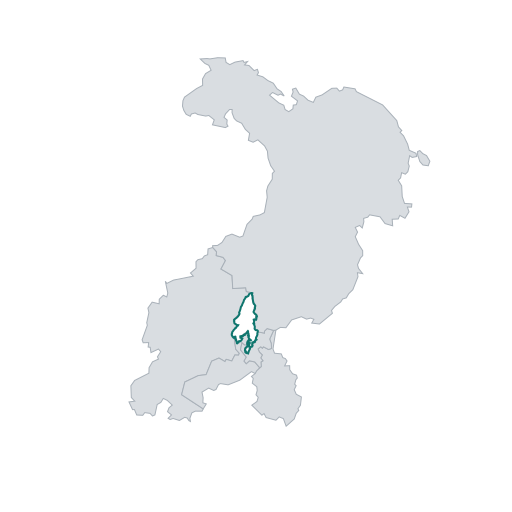 Kyrgyzstan and the surrounding countries, rotated 292°
{"feature_id": "KGZ", "entity_name": "Kyrgyzstan", "entity_type": "country or territory", "adm_level": 0, "iso_a3": "KGZ", "parent_name": "Asia", "parent_adm1": "", "projection": "orthographic", "projection_center": [73.132, 41.224], "detail": "fine", "context": "with_neighbors", "style": "outline", "palette": "teal", "viewbox_px": 512, "rotation_deg": 292, "n_neighbors": 5, "source": "natural_earth", "source_scale": "50m", "svg_char_len": 10318}
<svg xmlns="http://www.w3.org/2000/svg" viewBox="0 0 512 512"><g transform="rotate(292 256 256)"><path d="M247.7,212.7L245.2,217.8L241.5,219.0L242.4,225.9L240.3,229.4L230.8,228.4L228.9,241.1L217.1,246.6L222.7,258.3L219.4,260.4L220.1,264.3L216.9,263.6L214.1,261.3L198.0,261.2L196.2,262.0L188.9,259.2L186.0,260.7L185.2,264.8L176.8,262.3L173.4,263.3L172.1,266.3L162.0,272.1L159.5,277.0L157.5,276.9L156.3,273.5L149.6,272.9L149.0,267.1L146.5,266.8L147.5,259.9L141.9,254.3L127.3,254.2L123.5,247.3L112.5,237.2L99.5,239.0L94.5,264.3L91.9,264.1L89.5,258.0L86.6,255.3L80.7,255.5L78.0,257.2L78.2,255.5L80.0,252.9L79.7,250.3L74.8,246.6L74.3,240.0L72.2,237.6L72.6,235.3L77.0,237.2L78.5,232.3L82.7,232.2L86.4,234.2L88.9,227.8L89.2,223.4L84.6,222.6L81.3,220.0L70.8,221.8L68.9,220.0L70.4,216.7L69.1,211.5L65.9,210.7L63.9,205.0L68.1,200.8L67.3,199.1L73.1,192.9L76.0,198.0L78.1,193.4L88.8,188.6L95.2,190.1L107.2,200.6L112.4,198.7L119.1,199.7L123.9,204.2L125.6,202.4L131.6,203.5L133.2,200.4L127.1,194.8L131.7,192.1L131.2,190.1L135.5,188.9L133.3,183.9L135.6,181.8L151.0,181.2L153.2,179.7L163.4,177.9L167.2,175.3L174.3,177.0L175.4,184.1L179.7,182.5L184.9,184.8L184.6,188.6L188.6,188.1L198.6,181.4L197.2,183.6L202.8,188.6L213.8,205.4L215.7,201.6L222.2,205.0L228.2,202.5L230.8,203.5L233.4,207.2L236.7,208.1L239.1,210.7L244.6,208.9L247.7,212.7Z" fill="#d9dde1" stroke="#a8b0b8" stroke-width="1"/><path d="M94.5,264.3L99.5,239.0L112.5,237.2L123.5,247.3L127.3,254.2L141.9,254.3L147.5,259.9L146.5,266.8L149.0,267.1L149.6,272.9L156.3,273.5L157.5,276.9L159.5,277.0L162.0,272.1L172.1,266.3L173.6,267.0L169.2,271.4L173.0,274.2L176.7,272.5L182.9,276.2L176.1,281.2L169.8,280.6L169.1,278.6L170.3,275.4L163.2,276.8L158.6,284.9L154.1,284.3L152.5,287.3L156.4,289.2L157.3,294.5L153.8,301.3L146.7,299.3L147.1,295.1L134.8,287.5L126.1,278.4L124.4,270.9L122.8,269.4L117.2,268.9L115.5,267.2L115.8,261.6L109.6,256.9L104.7,260.1L100.0,261.7L100.2,265.3L94.5,264.3Z" fill="#d9dde1" stroke="#a8b0b8" stroke-width="1"/><path d="M146.7,299.3L149.7,299.6L155.5,302.3L159.6,300.3L161.4,301.7L163.3,298.6L166.6,298.9L168.2,295.1L170.6,292.7L173.6,294.4L172.9,296.5L174.6,296.9L174.0,302.7L176.1,305.0L180.6,302.9L184.1,299.8L193.6,300.2L194.7,302.2L176.1,306.6L172.8,309.6L174.7,316.1L171.8,318.9L171.9,321.6L170.3,324.1L164.8,323.7L166.9,328.3L163.2,329.9L160.5,334.0L160.7,338.2L158.3,340.0L156.2,339.3L151.6,339.9L150.8,341.8L146.4,341.5L142.9,345.1L142.3,350.9L134.3,353.1L130.1,352.1L128.8,353.5L125.3,352.2L119.2,352.5L109.5,347.7L115.5,342.3L115.5,337.8L111.2,336.0L110.0,325.9L112.9,322.5L110.6,321.1L116.1,308.0L121.5,311.4L125.8,311.0L127.3,308.0L131.8,307.5L135.1,305.7L136.7,300.2L141.5,299.3L142.6,296.9L146.7,299.3Z" fill="#d9dde1" stroke="#a8b0b8" stroke-width="1"/><path d="M153.8,301.3L157.3,294.5L156.4,289.2L152.5,287.3L154.1,284.3L158.6,284.9L163.2,276.8L170.3,275.4L169.1,278.6L169.8,280.6L172.0,280.5L170.0,282.6L164.2,281.2L163.6,285.2L169.4,284.9L176.1,287.3L186.3,286.3L187.7,292.7L189.5,292.0L192.9,293.5L193.6,300.2L184.1,299.8L180.6,302.9L176.1,305.0L174.0,302.7L174.6,296.9L172.9,296.5L173.6,294.4L170.6,292.7L168.2,295.1L166.6,298.9L163.3,298.6L161.4,301.7L159.6,300.3L155.5,302.3L153.8,301.3Z" fill="#d9dde1" stroke="#a8b0b8" stroke-width="1"/><path d="M409.0,381.7L404.2,381.9L402.9,376.7L404.9,372.6L410.3,368.0L413.4,366.7L415.1,368.4L413.4,372.3L413.0,376.5L409.0,381.7ZM220.1,264.3L219.4,260.4L222.7,258.3L217.1,246.6L228.9,241.1L230.8,228.4L240.3,229.4L242.4,225.9L241.5,219.0L245.2,217.8L247.7,212.7L249.3,211.9L251.4,216.4L255.9,219.4L262.9,220.7L267.3,225.5L267.3,233.8L269.6,236.4L282.0,235.8L288.7,238.6L291.7,238.6L295.6,244.3L299.4,247.5L314.6,244.4L320.4,241.4L325.3,240.8L333.3,242.3L338.7,240.2L341.5,241.4L345.2,235.8L351.3,230.5L357.5,227.3L361.3,222.7L364.4,214.2L360.4,210.7L360.4,205.6L367.4,204.1L369.4,198.7L373.7,193.0L374.0,187.4L375.4,184.2L379.9,180.1L382.9,179.0L381.9,176.6L376.4,174.5L372.6,174.4L371.3,178.3L367.4,179.5L365.9,181.4L363.6,179.5L361.3,166.5L366.6,166.3L368.6,159.6L366.9,157.0L365.4,149.0L365.8,146.0L363.5,142.9L360.9,142.7L361.2,138.2L363.9,134.6L367.4,131.7L372.6,130.1L376.5,130.2L389.0,138.2L394.2,142.6L400.1,140.1L406.2,140.9L411.4,144.8L415.1,140.8L415.4,136.5L417.8,130.5L420.7,136.6L421.5,139.5L425.5,146.2L428.1,153.3L424.3,155.7L423.6,160.0L427.9,163.9L432.3,170.8L431.0,172.4L433.1,175.3L428.9,173.8L430.0,178.1L427.2,184.8L429.6,187.4L426.9,189.6L424.2,189.2L424.7,195.2L423.1,201.3L422.7,207.3L418.9,212.9L417.9,217.7L414.9,222.2L415.3,218.0L413.3,216.2L413.8,210.1L410.2,208.3L406.5,219.8L406.2,225.3L402.7,228.1L402.1,232.3L406.3,235.1L409.9,234.0L411.4,236.7L415.4,236.4L417.4,229.0L421.9,229.0L424.3,227.3L426.6,230.0L422.3,235.6L422.1,240.2L419.9,245.9L419.9,251.6L425.7,252.0L430.1,256.9L439.9,263.5L441.9,268.0L440.1,271.6L442.5,274.1L445.6,274.2L448.1,285.2L446.0,287.5L443.5,316.8L434.3,335.8L429.1,339.7L426.9,344.2L424.7,343.2L422.7,347.8L416.5,354.7L411.4,358.5L411.2,365.9L408.4,367.7L405.9,363.9L406.6,360.9L399.0,362.3L396.8,364.4L391.0,365.2L387.8,363.8L387.8,359.8L382.6,360.8L379.5,359.5L375.6,364.8L365.9,369.3L360.4,374.0L362.7,381.0L359.6,381.9L358.1,378.0L354.3,381.3L346.8,380.0L347.5,374.1L343.6,374.0L341.1,368.5L335.2,371.4L334.4,363.5L338.8,356.3L336.7,345.9L333.9,345.1L331.2,341.7L328.1,343.2L321.8,344.0L323.1,340.6L319.7,337.3L316.2,341.2L311.1,340.8L305.3,346.7L300.9,352.9L296.3,354.8L293.4,353.6L285.9,353.4L282.9,355.7L279.6,361.5L278.5,356.3L275.0,358.3L261.0,358.4L255.8,356.1L251.0,355.4L248.6,352.4L245.2,351.8L238.8,348.0L233.8,346.4L231.5,348.3L216.7,340.3L214.7,332.8L219.0,333.4L218.9,329.9L216.4,326.5L216.7,320.8L210.1,313.0L200.7,310.6L198.9,305.3L194.7,302.2L193.6,300.2L192.9,293.5L189.5,292.0L187.7,292.7L186.3,286.3L187.8,284.7L187.1,283.0L192.1,279.7L195.8,278.2L201.4,279.0L203.2,274.4L209.9,273.2L211.6,270.3L219.5,266.0L220.1,264.3Z" fill="#d9dde1" stroke="#a8b0b8" stroke-width="1"/><path d="M171.7,280.5L171.9,280.4L172.5,280.3L173.6,280.2L174.0,280.3L174.4,280.5L174.7,280.8L175.1,280.8L175.3,280.7L175.4,280.8L175.5,281.0L176.1,280.9L176.5,280.6L176.8,280.6L177.1,280.4L177.2,280.2L177.4,279.9L178.0,279.2L178.4,279.1L178.6,279.1L178.7,279.3L179.2,279.5L179.4,279.3L179.5,279.0L179.3,278.6L179.4,278.3L179.5,278.2L180.4,278.6L180.5,278.6L180.9,278.4L181.3,278.0L181.5,277.7L183.3,276.8L183.4,276.6L182.6,276.3L182.3,276.4L182.0,276.4L181.8,276.3L180.8,276.2L180.6,276.1L180.0,275.4L179.6,275.2L179.3,275.0L178.9,275.0L178.5,275.2L178.4,275.1L178.3,274.8L178.3,274.4L178.3,274.1L178.0,274.0L177.7,274.1L177.2,274.0L176.8,273.9L176.7,273.1L176.5,272.7L176.3,272.4L176.1,272.3L175.9,272.1L175.8,271.6L175.7,271.5L175.3,271.7L175.4,272.2L175.3,272.7L175.2,272.9L175.0,273.1L174.8,273.1L174.4,272.8L174.3,274.3L174.2,274.3L173.7,274.1L173.3,274.2L172.7,274.1L172.3,273.9L171.9,273.8L171.4,273.6L171.0,273.3L170.8,272.3L170.5,272.0L170.3,271.9L169.4,272.2L169.1,271.9L168.5,271.6L168.0,271.4L167.9,271.3L167.9,271.0L169.4,270.0L170.0,269.3L170.3,269.0L170.8,268.8L171.2,268.7L171.5,268.0L171.5,267.9L171.8,267.9L172.5,267.6L173.5,267.1L173.5,266.9L173.4,266.8L173.0,266.4L172.5,266.2L172.2,266.3L171.8,266.1L171.8,265.8L172.1,265.2L172.4,265.0L172.5,264.4L172.9,264.1L173.2,263.5L173.7,263.1L174.6,262.7L175.0,262.9L175.5,262.8L176.2,262.5L176.3,262.5L176.6,262.5L178.4,263.0L179.0,263.0L180.3,263.6L181.0,263.7L181.4,263.8L181.6,264.1L181.9,264.4L183.7,264.6L184.1,264.8L184.3,265.0L184.8,265.4L185.2,265.4L184.8,264.2L185.0,263.4L185.5,261.3L185.8,261.0L186.4,260.7L187.2,260.4L187.5,259.9L188.2,260.0L188.5,259.9L188.8,259.6L189.6,260.0L191.0,260.9L192.0,261.4L193.2,261.9L194.8,262.3L196.2,262.4L196.4,262.3L197.0,261.6L197.7,261.6L199.2,261.6L200.6,261.5L201.3,261.4L202.9,261.1L203.1,261.1L203.4,261.1L204.4,261.4L205.0,261.5L205.5,261.4L205.8,261.4L206.3,261.4L207.3,261.4L208.4,261.6L209.8,261.5L210.2,261.4L211.0,261.4L211.6,261.6L212.4,261.8L212.9,261.9L213.2,261.9L213.7,261.9L214.1,261.8L214.3,261.9L214.5,262.6L215.0,263.0L215.4,263.3L215.8,263.7L216.1,263.9L216.7,263.9L217.7,263.9L218.3,264.0L219.2,264.8L219.9,265.5L220.1,265.9L220.2,266.4L220.2,266.5L218.5,266.8L218.2,267.0L217.8,267.7L216.5,268.3L215.8,268.7L215.4,268.7L214.7,269.2L212.7,270.4L211.7,271.2L211.2,271.5L210.8,271.9L210.7,272.2L210.7,272.5L209.6,274.0L208.8,274.2L208.0,274.2L207.5,274.5L206.8,274.8L205.3,274.7L204.7,274.7L203.7,274.6L203.3,274.7L202.8,275.0L202.3,276.2L202.0,276.5L201.9,276.7L201.9,277.3L201.7,277.9L201.4,278.4L201.2,278.8L200.7,279.2L200.3,279.5L200.0,279.0L199.7,279.2L199.5,279.4L199.0,279.3L198.7,279.4L198.0,279.9L196.9,280.0L196.8,279.8L196.6,278.5L196.4,277.9L196.2,277.7L194.6,278.8L193.9,279.0L193.3,279.0L192.6,278.8L192.4,278.8L192.3,279.0L192.2,279.2L192.5,279.8L192.4,279.9L192.1,279.9L191.6,280.1L191.3,280.3L190.2,281.3L189.3,281.6L188.5,281.8L188.1,281.9L188.0,282.0L187.7,282.4L187.4,283.1L187.2,283.5L187.2,283.9L187.4,284.3L187.6,285.0L187.4,285.5L187.1,285.9L186.5,286.0L186.1,286.1L185.8,286.1L185.2,286.1L184.7,286.2L184.5,286.4L183.9,286.7L183.2,286.8L182.4,286.8L182.0,286.8L180.7,286.6L180.3,286.6L179.9,286.8L179.2,286.9L178.8,287.4L178.6,287.8L178.0,287.4L177.7,287.1L177.5,286.8L177.2,286.8L176.2,287.3L175.7,287.1L175.8,286.6L175.8,286.3L175.5,286.1L174.8,286.0L174.6,285.9L174.6,285.6L174.6,285.3L174.6,285.1L174.4,285.0L174.0,285.0L173.6,285.2L173.3,285.4L172.9,285.5L172.5,285.6L172.2,285.7L171.9,286.3L170.7,286.4L170.4,286.2L170.1,285.8L169.7,285.1L169.2,285.0L168.6,285.0L167.8,285.2L167.6,285.0L167.4,284.9L167.2,285.1L166.2,285.1L165.2,285.0L164.7,284.9L164.3,284.9L163.6,285.2L163.2,285.1L162.7,285.2L162.6,284.2L162.4,283.5L162.5,283.0L162.7,282.4L162.9,282.1L163.2,282.2L163.5,282.5L163.8,282.4L163.8,282.2L163.7,282.0L163.7,281.7L163.9,281.5L164.1,281.2L165.4,280.8L166.4,280.6L167.0,280.8L168.1,281.3L168.6,281.6L169.0,281.7L169.3,282.4L169.5,282.4L169.8,282.3L169.9,282.1L170.0,281.5L170.6,281.2L171.7,280.8L171.8,280.6L171.7,280.5ZM173.0,282.9L172.9,282.3L173.2,281.9L172.6,281.8L172.4,281.6L172.1,281.1L171.8,281.2L171.7,281.5L171.8,281.9L172.0,282.1L172.2,282.3L172.0,282.9L172.3,283.0L172.7,283.0L173.0,282.9ZM170.3,283.3L170.3,283.2L170.1,283.1L169.6,283.0L169.2,282.9L169.2,283.0L169.3,283.3L169.5,283.6L169.8,283.6L170.3,283.3ZM176.1,282.6L176.2,282.3L175.9,282.4L175.6,282.5L175.7,282.8L176.0,282.9L176.1,282.6Z" fill="none" stroke="#0f766e" stroke-width="2"/></g></svg>